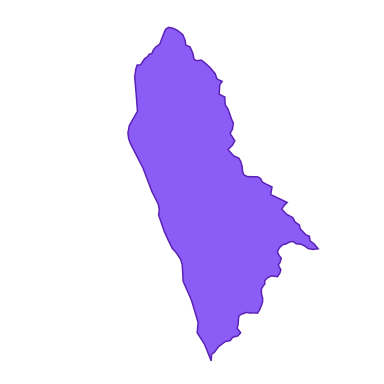 Sentinela do Sul, Rio Grande do Sul, Brazil (Robinson projection), rotated 139°
{"feature_id": "56859067B78209847482393", "entity_name": "Sentinela do Sul", "entity_type": "district", "adm_level": 2, "iso_a3": "BRA", "parent_name": "Brazil", "parent_adm1": "Rio Grande do Sul", "projection": "robinson", "projection_center": [-51.619, -30.633], "detail": "fine", "context": "isolated", "style": "filled", "palette": "violet", "viewbox_px": 384, "rotation_deg": 139, "n_neighbors": 0, "source": "geoboundaries", "source_scale": "gbopen_adm2", "svg_char_len": 1815}
<svg xmlns="http://www.w3.org/2000/svg" viewBox="0 0 384 384"><g transform="rotate(139 192 192)"><path d="M159.9,316.3L170.8,301.3L180.2,288.7L195.7,283.3L201.6,278.6L204.7,274.0L206.5,269.6L207.7,265.0L213.3,242.1L221.8,219.1L225.4,205.0L228.5,199.9L232.3,196.6L239.0,179.9L241.4,171.6L243.9,162.4L243.7,156.6L244.8,148.5L247.1,143.5L257.3,130.4L263.3,110.9L271.1,93.7L273.0,89.5L280.4,82.4L282.5,68.7L288.3,51.9L283.7,56.7L280.5,56.3L273.8,57.8L265.2,57.4L260.7,54.8L256.5,55.7L251.9,53.3L247.6,53.9L247.3,59.6L243.9,61.9L240.7,65.2L238.2,67.5L235.4,67.6L232.6,66.4L230.0,65.4L227.3,62.3L224.8,60.3L222.0,57.6L218.7,58.6L214.3,60.7L211.0,62.6L208.4,65.4L206.4,69.5L203.5,73.1L200.3,74.3L197.4,74.8L195.2,77.4L191.8,77.7L187.7,76.8L185.0,74.4L183.1,72.0L179.1,73.1L176.0,75.0L174.8,80.2L171.6,81.2L168.1,83.5L167.9,87.3L166.5,91.1L162.4,92.6L158.0,92.7L155.2,91.1L151.8,90.5L148.3,88.5L147.3,84.6L143.8,80.8L142.1,76.3L141.5,73.2L138.3,69.2L134.0,66.4L133.9,72.5L134.9,77.7L132.4,81.7L134.1,84.7L134.3,88.8L134.5,93.2L132.6,96.8L133.9,101.7L132.7,106.4L135.2,113.1L135.6,120.3L131.5,121.3L127.0,121.7L134.3,138.4L128.3,143.3L130.9,149.3L132.4,153.5L131.4,157.0L132.4,160.3L140.0,167.2L141.7,170.9L140.0,174.9L137.6,178.0L135.2,182.9L134.5,186.9L136.8,191.8L137.0,200.4L130.8,200.8L126.1,202.5L124.8,211.2L120.3,212.9L115.6,216.8L114.6,220.4L110.5,230.8L109.7,235.8L108.0,238.4L104.9,242.1L107.3,247.9L100.9,254.6L96.7,255.7L99.0,260.8L96.9,266.1L96.7,273.9L97.7,282.0L98.5,285.6L102.0,287.7L103.5,290.6L100.3,296.2L98.3,302.8L100.3,306.9L97.6,311.1L95.7,317.0L96.9,323.3L98.8,327.9L101.7,331.7L105.2,332.1L108.8,330.4L119.5,324.7L124.2,325.2L128.1,324.5L131.0,322.9L133.9,324.0L137.0,323.3L140.2,323.7L147.4,321.7L150.2,323.8L153.6,321.7L159.9,316.3Z" fill="#8b5cf6" stroke="#5b21b6" stroke-width="1.5"/></g></svg>